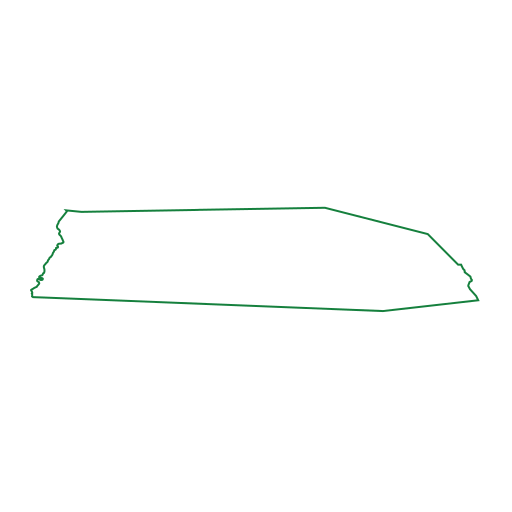 the district of Machinda, Litoral, Equatorial Guinea, rotated 272°
{"feature_id": "11065452B59369715507709", "entity_name": "Machinda", "entity_type": "district", "adm_level": 2, "iso_a3": "GNQ", "parent_name": "Equatorial Guinea", "parent_adm1": "Litoral", "projection": "natural_earth1", "projection_center": [9.965, 1.936], "detail": "fine", "context": "isolated", "style": "outline", "palette": "green", "viewbox_px": 512, "rotation_deg": 272, "n_neighbors": 0, "source": "geoboundaries", "source_scale": "gbopen_adm2", "svg_char_len": 2634}
<svg xmlns="http://www.w3.org/2000/svg" viewBox="0 0 512 512"><g transform="rotate(272 256 256)"><path d="M219.5,479.6L220.9,478.9L223.7,477.4L226.7,474.5L230.1,471.2L230.3,471.0L233.1,469.4L233.3,469.3L233.4,469.2L233.6,469.2L233.8,469.2L234.1,469.2L237.0,470.2L237.1,470.3L237.3,470.3L237.4,470.5L237.6,470.6L237.8,470.9L238.5,472.3L239.5,472.6L240.7,471.7L240.9,471.6L241.1,471.5L242.9,471.0L244.8,468.4L246.7,465.7L246.8,465.6L246.9,465.4L247.1,465.4L247.2,465.2L247.4,465.2L247.5,465.1L249.0,464.9L250.0,463.8L250.2,463.7L250.3,463.5L253.4,461.8L253.5,461.8L254.5,461.3L254.4,458.3L283.9,426.9L306.6,323.2L300.1,196.5L300.0,195.9L294.0,80.0L294.9,65.9L295.0,64.7L294.8,64.9L294.0,65.4L293.0,64.7L291.6,63.7L288.5,61.4L283.6,57.7L282.1,57.4L279.9,56.3L278.5,56.0L277.4,56.3L276.4,56.8L276.1,57.3L275.8,57.8L275.3,58.4L274.4,59.0L273.8,59.3L273.2,59.2L272.5,58.8L271.7,58.4L271.3,58.4L270.6,58.7L270.1,59.2L269.6,59.8L269.3,60.1L268.5,60.7L267.9,60.9L267.5,61.1L266.9,61.4L266.5,61.6L266.0,61.9L265.4,62.2L264.6,62.5L264.3,62.6L263.8,63.0L263.1,63.1L262.7,62.9L262.5,62.6L262.3,62.3L262.2,61.8L261.7,61.2L261.6,60.6L261.5,59.8L261.4,58.9L261.2,58.1L260.7,57.6L260.3,57.3L260.1,57.2L259.8,57.1L259.4,57.0L259.2,57.2L258.9,57.5L258.3,57.8L258.0,57.8L257.7,57.7L257.4,57.4L257.4,57.0L257.3,56.9L257.1,56.2L257.0,55.9L256.7,55.9L256.1,55.8L255.7,55.7L255.3,55.4L255.1,55.0L255.0,54.6L254.7,54.2L253.5,53.9L252.9,53.6L252.0,53.0L251.4,52.8L250.5,52.6L249.3,52.0L248.8,51.5L247.9,51.0L247.2,49.9L246.6,49.6L245.7,49.3L245.0,48.7L244.2,48.2L243.1,48.0L242.0,47.0L241.3,46.2L240.5,45.8L240.0,45.2L238.7,44.4L238.1,44.3L237.3,44.4L236.8,44.5L236.0,44.8L235.3,45.0L234.4,45.1L233.2,45.1L232.6,45.0L231.7,44.7L231.5,44.2L231.2,43.9L230.5,43.6L229.8,43.4L229.2,42.8L229.0,42.1L228.8,41.4L228.4,40.8L228.0,40.3L227.5,40.0L227.3,40.0L227.2,40.1L227.0,40.4L226.9,40.6L226.7,41.4L226.6,41.7L226.5,42.1L226.5,42.5L226.4,43.0L226.2,43.4L226.1,43.5L225.9,43.7L225.1,43.6L224.8,43.3L224.7,43.1L224.7,42.9L224.5,42.1L224.6,41.3L224.9,40.8L225.2,40.2L225.4,39.6L225.4,39.3L225.4,38.9L225.2,38.5L225.0,38.4L224.5,38.2L223.8,38.1L223.4,38.2L223.1,38.5L222.9,38.9L222.4,39.6L222.2,40.0L221.6,40.2L220.9,40.3L220.1,39.8L218.4,38.4L218.2,38.3L217.5,37.9L217.3,37.4L217.0,36.8L216.5,35.8L216.2,35.3L215.5,34.4L215.2,33.8L214.5,32.8L214.1,32.4L213.7,32.5L213.2,32.9L212.8,33.2L212.2,33.4L211.5,33.7L211.1,33.7L210.9,33.6L210.6,33.3L210.2,33.5L209.9,33.6L209.4,33.7L209.2,33.7L208.8,33.7L208.3,33.7L207.8,33.6L207.1,34.6L207.1,34.9L207.1,43.3L207.1,45.9L206.2,224.6L205.8,303.6L205.4,384.8L219.5,479.6Z" fill="none" stroke="#15803d" stroke-width="2"/></g></svg>